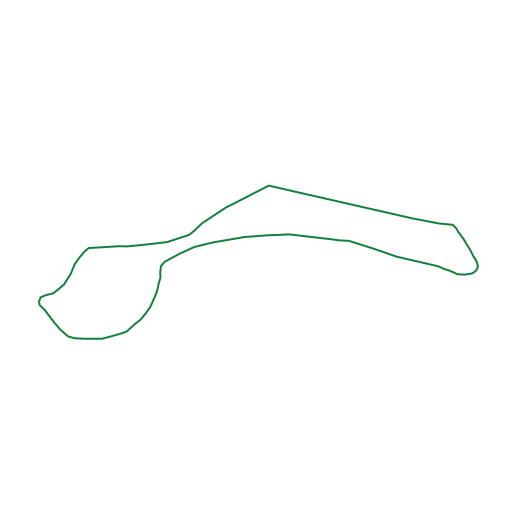 Pepesala, Tuvalu, rotated 85°
{"feature_id": "33948139B49263652760429", "entity_name": "Pepesala", "entity_type": "district", "adm_level": 2, "iso_a3": "TUV", "parent_name": "Tuvalu", "parent_adm1": "", "projection": "albers", "projection_center": [179.81, -9.374], "detail": "fine", "context": "isolated", "style": "outline", "palette": "green", "viewbox_px": 512, "rotation_deg": 85, "n_neighbors": 0, "source": "geoboundaries", "source_scale": "gbopen_adm2", "svg_char_len": 1219}
<svg xmlns="http://www.w3.org/2000/svg" viewBox="0 0 512 512"><g transform="rotate(85 256 256)"><path d="M234.3,392.7L233.5,421.8L236.1,425.8L241.7,431.6L248.2,437.2L258.0,442.3L263.2,446.5L267.4,449.5L271.6,455.3L275.6,461.5L276.6,468.6L278.5,474.2L282.4,476.1L286.1,475.8L291.6,471.0L304.2,463.1L312.1,457.5L319.7,450.3L322.1,444.1L323.4,434.8L325.0,416.7L323.7,408.7L321.6,397.8L320.0,391.4L312.9,382.1L309.7,377.0L303.9,371.2L297.6,365.8L289.0,361.0L284.0,358.4L280.6,357.0L275.0,355.4L269.3,353.1L263.5,352.8L257.7,351.5L253.8,347.5L246.9,331.5L241.7,316.8L238.8,298.4L236.1,266.0L236.4,241.4L236.9,232.5L237.3,221.3L239.0,213.0L243.5,191.3L245.9,179.5L247.7,171.7L249.0,162.1L258.6,139.1L269.0,115.7L282.0,75.8L283.3,73.2L285.3,69.7L286.9,65.7L289.5,60.7L291.7,57.1L292.4,52.1L292.8,48.8L292.5,46.5L292.4,43.6L291.7,41.0L290.0,38.6L288.7,37.2L285.8,35.9L282.0,36.3L278.2,37.8L275.3,39.4L271.9,40.8L267.3,42.7L262.4,45.3L256.5,48.1L249.9,52.3L246.1,54.0L242.1,57.2L239.5,71.1L232.0,97.5L198.1,202.9L187.0,237.3L202.7,275.6L205.1,281.8L218.5,306.6L225.6,315.5L229.1,320.7L234.4,343.4L234.8,357.5L235.1,370.2L235.2,383.4L234.7,388.4L234.3,391.0L234.3,392.7Z" fill="none" stroke="#15803d" stroke-width="2"/></g></svg>